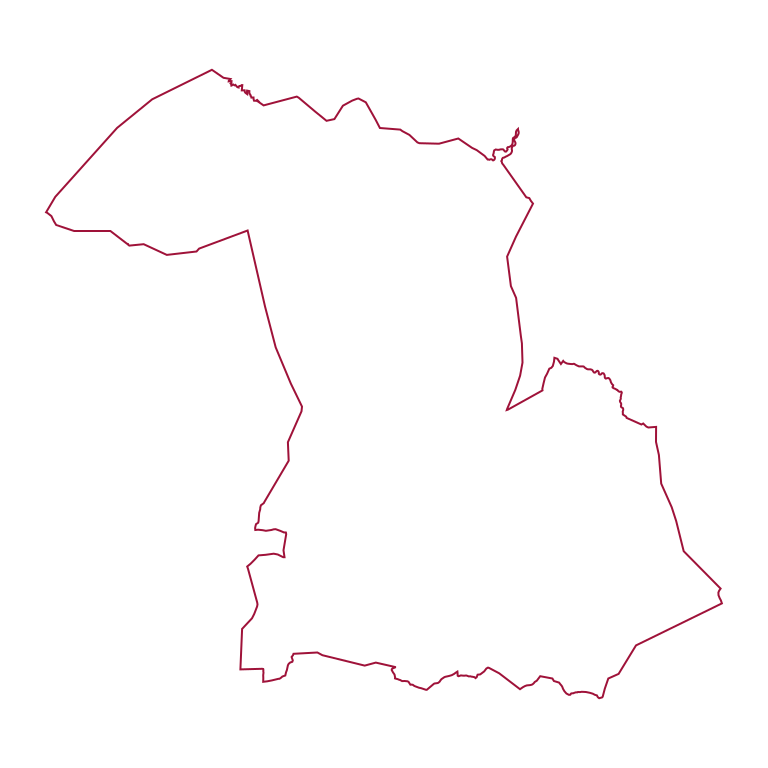 Copanatoyac, Guerrero, Mexico
{"feature_id": "50627088B48570898025332", "entity_name": "Copanatoyac", "entity_type": "district", "adm_level": 2, "iso_a3": "MEX", "parent_name": "Mexico", "parent_adm1": "Guerrero", "projection": "robinson", "projection_center": [-98.679, 17.438], "detail": "fine", "context": "isolated", "style": "outline", "palette": "rose", "viewbox_px": 768, "rotation_deg": 0, "n_neighbors": 0, "source": "geoboundaries", "source_scale": "gbopen_adm2", "svg_char_len": 6071}
<svg xmlns="http://www.w3.org/2000/svg" viewBox="0 0 768 768"><path d="M618.6,673.9L636.0,645.4L721.9,603.4L720.9,600.4L719.7,598.2L718.5,595.2L718.4,592.5L719.2,590.6L720.6,588.6L683.7,551.2L676.2,521.1L671.7,507.2L661.2,483.6L658.9,455.0L656.0,441.9L656.1,426.9L648.3,427.5L646.4,426.6L643.2,423.5L641.4,424.5L626.6,417.9L626.3,416.9L626.1,416.6L622.9,414.5L622.8,414.2L622.9,413.1L622.7,411.7L623.2,410.0L623.2,409.0L622.9,408.1L621.3,407.2L621.0,406.6L620.9,405.9L621.2,405.0L621.1,403.3L620.7,402.8L620.1,401.8L619.9,400.8L620.8,398.8L620.7,397.3L621.0,396.2L621.2,394.5L621.8,392.8L621.7,392.3L621.3,391.7L619.6,391.8L618.5,391.3L617.3,389.9L616.7,389.9L615.8,389.1L613.4,388.1L612.6,387.5L612.5,387.0L613.1,386.0L613.2,385.2L612.1,384.2L611.0,382.4L610.3,380.1L609.5,378.9L609.1,378.4L608.3,378.0L607.0,378.2L605.9,378.6L605.2,378.2L604.8,377.4L604.7,375.7L604.6,375.2L604.3,374.5L603.7,373.5L603.0,373.2L602.1,373.2L600.9,374.4L600.4,374.6L599.7,374.5L599.2,374.2L598.8,373.7L598.8,372.5L598.6,371.8L597.9,370.9L597.4,370.8L596.8,371.0L595.2,372.5L594.9,372.6L594.2,372.6L593.4,371.8L592.4,370.2L591.7,369.7L590.3,369.3L587.8,369.3L586.6,368.9L585.7,368.2L585.2,368.0L583.8,366.6L583.1,366.4L579.0,366.4L577.2,365.6L575.3,364.6L574.4,363.9L573.6,363.8L573.0,364.0L572.4,364.1L570.7,364.0L568.0,363.7L566.7,363.4L565.0,362.5L563.9,361.8L563.2,360.9L560.9,364.0L558.0,359.7L557.5,358.8L554.4,357.8L554.0,361.6L552.8,366.0L551.3,367.8L549.3,368.7L547.1,373.7L545.0,377.5L543.6,383.1L542.3,388.9L542.5,390.4L508.0,409.6L506.8,410.0L507.2,408.8L515.3,389.9L520.1,375.7L522.5,362.6L521.9,343.3L520.9,336.3L516.1,297.9L510.9,286.1L507.1,256.6L516.0,236.6L533.0,203.6L530.9,200.9L529.3,198.1L526.3,197.3L503.1,164.5L502.7,164.1L502.1,163.2L501.8,161.9L501.3,161.1L502.0,160.0L502.0,159.3L502.3,158.6L502.8,157.9L503.2,157.7L504.3,157.5L505.8,156.6L506.8,156.2L510.4,154.1L511.2,153.1L511.7,152.1L512.0,151.0L512.0,150.2L511.7,149.1L511.8,148.2L512.5,146.3L513.2,145.8L514.4,145.6L514.9,145.2L515.3,144.5L515.5,143.6L515.5,143.0L515.1,141.9L514.3,140.6L514.2,140.1L514.3,138.5L514.8,138.1L516.2,137.6L516.7,137.2L518.2,134.5L518.6,133.5L518.7,132.2L518.5,131.1L518.1,130.2L518.0,129.0L516.6,130.4L516.0,131.9L515.8,135.3L515.3,136.3L514.1,137.4L513.2,137.9L512.8,138.9L512.7,142.5L512.3,144.2L511.7,145.2L510.4,146.4L508.7,147.1L507.7,147.2L507.1,148.1L507.6,149.5L507.1,150.4L506.0,151.6L505.2,151.6L504.5,151.0L503.5,149.7L502.9,149.3L500.3,149.4L499.1,149.8L497.5,149.8L495.7,149.5L494.2,150.4L493.9,151.4L493.6,153.4L493.1,154.8L493.1,155.4L493.6,156.2L494.4,156.7L494.8,157.0L494.9,157.9L494.8,158.8L494.3,159.7L493.5,160.3L493.0,160.4L491.8,159.4L491.0,159.2L490.2,159.4L489.2,159.8L488.6,159.5L488.1,159.4L487.6,159.5L484.6,155.9L476.7,150.1L472.1,147.9L458.3,138.5L439.0,143.7L419.4,143.2L417.4,142.4L409.4,134.9L402.3,131.1L400.3,129.6L379.9,128.0L375.7,119.9L365.8,102.3L358.5,98.5L356.9,98.8L352.2,100.6L342.9,105.7L334.4,119.1L326.5,120.8L315.3,111.7L298.7,97.7L296.8,96.6L263.6,105.4L258.1,101.6L258.6,101.4L257.3,100.1L256.8,100.7L256.6,100.5L256.4,100.8L254.0,100.7L253.6,99.3L253.5,97.5L251.4,97.6L251.1,96.3L250.5,95.8L250.5,95.0L249.8,94.0L249.3,92.5L249.4,91.1L247.1,90.6L247.0,91.3L247.4,93.4L247.3,94.2L245.4,92.8L244.8,91.9L244.6,90.3L241.8,90.4L242.3,85.1L241.6,85.1L241.1,85.7L240.5,85.9L239.5,86.0L238.6,86.6L238.6,87.5L237.8,87.3L237.2,87.0L235.5,85.0L235.2,85.3L234.8,85.4L234.3,85.2L233.0,84.4L231.9,85.4L231.4,85.6L231.1,84.0L230.6,83.5L231.1,83.0L231.5,82.3L231.5,81.1L228.7,81.4L228.8,80.8L229.2,80.6L230.5,79.0L223.5,77.8L211.9,69.8L152.2,99.3L117.1,127.9L55.3,196.8L46.1,212.3L47.2,212.8L51.4,216.1L54.0,221.4L56.2,225.0L74.1,231.0L110.4,231.0L126.8,243.6L127.9,244.0L127.8,244.4L129.3,245.6L143.7,244.2L166.8,254.9L196.5,251.5L199.1,248.6L247.6,230.5L265.0,306.4L275.7,347.4L290.8,383.5L302.0,406.6L301.5,411.3L287.9,442.2L288.7,460.7L264.4,501.9L263.8,503.1L260.9,505.3L260.3,507.4L260.2,509.3L259.2,512.8L258.6,521.0L258.2,522.7L256.0,524.2L255.4,526.5L255.1,528.1L255.3,530.0L258.1,529.7L262.8,530.2L265.9,530.8L271.3,530.0L273.8,529.3L275.7,529.2L280.4,530.9L284.1,532.5L284.9,532.4L285.9,532.5L286.2,534.2L283.5,550.3L284.5,557.2L283.2,557.2L277.8,554.5L273.7,553.7L265.7,554.8L258.5,555.4L254.6,559.7L250.4,563.9L247.2,566.5L248.0,568.8L257.2,602.5L257.5,604.4L257.1,606.5L254.2,614.0L252.0,618.3L242.1,628.9L240.4,669.4L262.2,668.8L263.2,669.0L263.4,669.9L263.3,671.1L263.5,672.7L263.2,675.1L263.3,678.2L263.2,681.8L267.3,681.3L271.9,680.4L278.5,678.8L279.4,678.8L280.7,678.0L282.4,676.5L285.3,675.5L286.0,672.4L286.9,670.0L287.9,665.3L288.7,663.8L290.2,662.5L292.3,661.8L292.8,660.4L291.6,657.0L293.0,655.2L293.5,653.8L317.4,652.5L322.4,655.2L364.7,665.6L375.8,662.6L395.1,667.0L395.1,667.4L392.5,668.5L391.8,669.2L391.7,670.0L393.0,672.4L394.5,674.5L395.1,677.4L395.0,678.4L396.3,678.8L397.6,679.1L399.0,679.7L400.1,680.0L402.1,681.1L404.6,681.0L407.5,681.3L408.5,681.8L410.4,684.7L411.5,684.6L412.8,684.8L414.4,686.0L418.9,687.7L421.2,688.2L426.0,689.8L426.8,689.8L433.9,683.8L434.5,683.5L437.4,683.1L438.3,682.8L439.7,681.6L440.3,680.6L441.4,679.2L444.3,677.2L445.3,676.8L448.9,676.0L451.7,675.2L454.1,673.9L456.0,672.5L457.4,671.6L457.5,672.3L457.7,675.7L457.9,675.9L458.5,676.2L459.3,676.0L460.9,675.4L462.5,675.6L464.2,675.7L466.0,675.5L466.7,675.6L468.8,676.4L470.4,676.3L471.6,676.7L472.2,676.7L474.2,677.1L474.6,677.2L475.5,678.1L476.6,677.3L477.6,674.7L480.2,674.4L484.2,671.4L486.4,668.5L488.0,667.6L489.2,668.0L499.2,673.3L520.0,689.2L522.9,687.2L524.9,686.1L526.8,685.4L530.1,685.1L531.8,684.7L532.8,684.1L533.9,683.1L534.7,682.0L536.8,680.7L540.2,676.2L552.4,678.5L553.9,681.0L559.1,682.6L560.3,684.2L561.6,685.7L562.5,687.3L562.9,688.6L564.4,691.2L566.4,693.5L568.8,694.8L570.1,694.8L570.5,694.5L570.8,693.8L571.3,693.4L573.6,693.2L574.0,692.9L576.0,692.3L577.2,692.4L577.9,692.0L580.0,692.1L581.7,691.8L585.9,692.0L589.8,692.8L592.8,693.7L594.8,694.8L596.9,695.4L597.6,696.8L598.3,697.6L599.2,698.2L602.1,697.4L602.7,696.7L604.8,688.7L608.3,678.5L618.6,673.9Z" fill="none" stroke="#9f1239" stroke-width="2"/></svg>